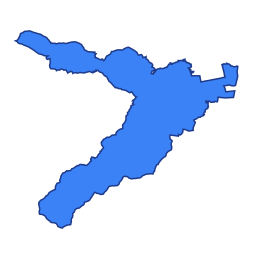 Gurghiu, Mures, Romania (Natural Earth projection), rotated 179°
{"feature_id": "2599482B77375786241858", "entity_name": "Gurghiu", "entity_type": "district", "adm_level": 2, "iso_a3": "ROU", "parent_name": "Romania", "parent_adm1": "Mures", "projection": "natural_earth1", "projection_center": [24.887, 46.798], "detail": "fine", "context": "isolated", "style": "filled", "palette": "blue", "viewbox_px": 256, "rotation_deg": 179, "n_neighbors": 0, "source": "geoboundaries", "source_scale": "gbopen_adm2", "svg_char_len": 5872}
<svg xmlns="http://www.w3.org/2000/svg" viewBox="0 0 256 256"><g transform="rotate(179 128 128)"><path d="M238.9,217.1L237.3,216.3L236.7,215.4L235.7,214.6L234.4,214.1L232.7,213.9L231.2,213.0L226.4,211.0L222.1,208.3L215.9,203.7L212.6,202.9L210.8,201.8L206.9,201.4L208.3,200.6L208.5,199.9L208.3,198.8L207.9,198.3L207.3,198.0L204.8,198.7L204.6,194.6L205.3,192.1L205.0,190.0L204.2,188.6L200.2,188.3L198.6,187.3L198.5,186.6L197.3,187.3L195.2,187.1L194.2,188.0L193.2,188.2L191.0,186.9L189.0,187.2L187.2,184.0L186.6,184.6L184.9,185.2L184.6,185.7L182.9,185.2L182.1,183.5L181.5,184.1L179.2,184.2L177.7,183.7L175.1,184.3L171.0,183.8L165.6,185.2L162.5,183.9L161.7,185.0L161.2,184.2L159.2,186.2L159.1,185.2L157.2,186.3L155.5,184.6L152.7,183.5L150.7,180.8L148.4,179.6L146.1,174.9L144.7,173.9L140.0,168.5L139.6,168.8L136.4,167.5L134.3,167.5L133.9,166.6L129.5,165.6L125.6,163.2L123.6,164.1L121.7,161.0L119.9,159.2L119.0,158.8L121.3,156.2L122.4,155.8L122.8,155.3L122.2,155.4L122.1,154.0L123.0,152.4L121.8,151.5L122.6,150.9L124.2,150.5L124.7,150.1L124.7,149.2L124.4,148.4L125.3,147.9L125.8,146.6L126.6,145.9L126.7,144.7L128.3,143.4L127.9,141.7L129.8,140.0L129.9,136.3L131.1,133.7L133.3,131.2L133.3,127.4L135.6,127.1L137.7,125.9L139.7,124.0L140.1,123.1L140.3,121.4L144.1,121.1L146.2,119.4L147.6,119.0L149.1,119.2L151.6,117.5L152.9,117.0L153.5,115.6L154.6,114.8L155.0,113.8L154.6,111.5L152.8,108.8L153.3,107.8L154.3,107.2L154.9,106.4L155.0,105.4L155.5,105.0L156.2,105.2L156.6,103.3L158.3,101.8L158.5,101.0L159.7,99.4L161.3,98.5L161.8,98.7L162.0,98.4L162.7,99.2L164.9,99.5L165.2,98.1L165.8,97.8L165.8,96.8L165.4,96.5L165.6,96.1L165.3,95.7L166.5,94.9L167.3,93.6L169.8,91.5L170.6,91.2L172.9,92.2L174.1,91.9L175.3,92.4L177.1,92.2L178.1,91.2L179.2,91.3L181.1,90.3L181.6,89.7L183.7,88.5L184.9,88.2L186.1,86.5L189.2,86.1L189.9,86.4L192.0,84.6L194.1,84.0L196.0,80.8L196.2,79.1L197.2,77.0L196.7,75.4L198.1,74.4L199.7,74.1L200.4,73.3L201.6,70.6L201.7,67.9L203.4,67.3L207.9,64.9L209.2,62.6L211.4,61.3L212.4,59.7L213.8,58.6L216.8,57.1L218.4,55.1L218.6,53.7L217.6,48.4L218.1,46.8L218.3,45.0L217.9,43.4L215.1,43.0L212.8,41.7L212.1,41.1L211.0,38.9L208.9,37.0L207.6,36.3L207.3,35.5L205.7,34.7L203.6,34.6L201.5,33.8L200.4,32.4L199.9,30.9L197.4,29.6L195.2,29.2L194.4,30.2L190.8,31.9L187.0,32.4L186.8,33.6L186.3,34.9L186.3,38.0L185.1,39.7L184.7,41.2L184.9,42.9L184.5,43.8L183.2,44.9L182.3,47.4L180.0,48.6L178.0,48.9L175.5,51.0L173.9,51.8L173.2,52.7L172.8,54.5L169.3,55.6L167.8,56.4L162.5,64.2L162.0,64.3L160.6,63.3L158.2,62.9L156.6,62.0L153.7,62.4L152.7,64.3L151.4,65.1L149.5,67.5L148.2,69.8L144.8,70.6L143.3,70.4L139.4,70.7L138.0,72.1L137.6,73.3L136.5,75.0L135.6,75.7L134.2,78.0L134.3,78.5L132.8,79.8L129.4,79.4L127.8,77.9L125.0,77.0L124.0,77.4L121.6,77.4L116.8,78.0L115.8,78.5L114.3,80.0L110.6,81.5L105.5,81.9L103.8,81.6L102.9,83.9L102.1,84.5L101.9,86.3L100.3,90.1L99.5,91.0L98.6,91.0L97.6,93.0L94.9,96.2L92.1,98.5L90.9,99.0L89.9,102.2L88.1,103.9L85.3,105.3L84.8,106.2L84.6,108.3L85.2,110.7L85.1,111.9L84.0,114.3L86.2,116.5L86.4,118.6L86.1,120.3L77.8,119.0L77.6,120.6L76.3,120.1L75.9,120.2L74.9,120.7L73.4,122.6L73.0,125.8L69.9,125.2L67.5,123.9L62.8,124.5L63.0,126.7L60.6,132.4L61.0,133.2L62.0,134.1L62.0,135.0L59.5,135.9L57.2,137.6L55.7,137.5L53.7,138.7L52.2,139.1L51.6,140.0L52.5,140.1L50.9,143.2L50.6,143.0L50.4,144.9L47.9,146.3L47.8,147.7L47.3,147.8L47.6,150.5L47.4,151.9L49.5,152.0L49.5,153.6L47.6,153.2L45.9,153.5L45.2,152.5L44.4,152.3L41.3,152.4L41.1,153.0L40.7,153.1L38.4,152.6L37.9,153.4L37.4,157.2L30.5,156.4L22.0,156.7L20.6,163.3L29.6,162.5L30.3,165.9L31.5,168.4L25.4,169.3L24.6,168.7L22.9,168.3L21.0,168.3L19.7,168.9L17.5,177.3L17.5,179.2L18.0,182.2L17.1,187.7L18.0,188.1L19.0,187.5L21.3,187.4L22.8,188.2L24.1,188.2L24.3,189.0L26.1,190.3L27.8,190.4L27.8,190.9L28.3,191.1L28.6,190.6L29.5,190.1L30.9,190.5L32.0,190.1L32.0,189.7L32.9,189.7L30.9,181.3L30.7,179.2L30.1,178.1L30.2,176.9L31.4,177.0L34.0,176.3L54.3,172.8L55.3,178.9L63.4,179.1L63.9,180.8L63.8,181.2L64.1,181.5L64.2,182.0L63.9,182.1L64.1,182.3L62.5,182.1L61.6,182.7L61.4,183.3L62.6,183.2L62.4,183.9L62.7,183.6L64.6,183.6L64.4,184.1L65.0,184.5L64.5,185.1L65.6,185.3L66.5,186.9L64.9,186.8L64.5,187.5L63.7,187.9L63.5,188.6L63.9,189.3L63.7,190.0L64.1,190.1L64.1,190.9L65.0,190.9L65.5,191.7L66.1,191.6L67.2,192.4L67.8,192.1L68.4,193.0L69.3,193.3L69.2,193.8L69.8,194.0L70.0,194.5L69.8,194.7L69.9,195.8L70.6,195.4L71.5,195.4L71.1,194.4L71.2,194.0L74.0,194.7L75.5,194.1L76.0,194.6L76.7,194.6L76.8,193.4L78.0,192.9L78.5,193.1L81.7,191.7L82.7,191.9L82.7,191.0L83.7,191.0L84.4,192.3L84.7,192.3L84.6,191.8L85.3,191.1L85.9,191.1L87.7,188.6L88.2,188.4L88.3,187.9L89.8,187.7L91.8,186.8L93.9,186.9L94.8,187.3L95.5,186.7L97.4,186.5L99.2,185.6L99.4,185.2L99.1,184.8L99.6,184.1L100.1,184.3L100.0,183.7L100.4,183.2L101.4,183.1L101.6,181.6L103.7,182.0L103.0,184.5L101.5,184.8L99.7,186.0L101.3,187.9L103.1,188.6L102.2,190.2L102.4,191.1L103.4,192.4L104.5,192.6L105.2,193.4L106.0,193.8L106.6,195.3L109.1,197.5L109.3,197.9L108.7,198.3L108.7,199.0L109.7,198.3L109.9,198.6L111.8,198.2L112.1,199.5L113.3,201.2L116.1,200.7L116.7,201.1L117.9,203.6L120.1,205.3L125.3,208.4L126.3,208.7L127.8,208.4L130.7,207.2L131.6,206.3L133.5,206.0L134.5,206.3L137.6,206.2L141.9,204.7L143.1,204.8L144.1,202.6L144.7,202.0L148.2,200.2L150.0,196.8L151.2,195.7L152.3,197.4L152.9,197.4L153.2,196.8L154.3,196.7L158.4,198.8L159.6,199.0L159.4,200.2L159.9,201.0L158.6,202.9L160.5,203.7L160.0,204.4L166.9,205.0L169.1,206.5L170.2,206.9L171.0,209.3L172.3,210.7L172.9,212.1L175.6,213.7L178.5,214.9L180.7,215.1L183.9,214.7L188.7,213.5L190.9,214.1L193.6,213.8L195.5,214.2L196.5,213.7L198.6,213.5L199.2,213.9L203.3,214.1L203.9,214.5L203.8,215.1L204.9,215.8L205.4,217.0L207.0,218.6L207.7,219.8L211.9,221.8L213.0,222.9L221.1,225.4L224.4,226.8L229.7,226.4L231.8,225.0L233.7,224.4L234.3,222.9L234.4,222.2L236.5,218.4L237.1,217.7L238.9,217.1Z" fill="#3b82f6" stroke="#1e3a8a" stroke-width="1.5"/></g></svg>